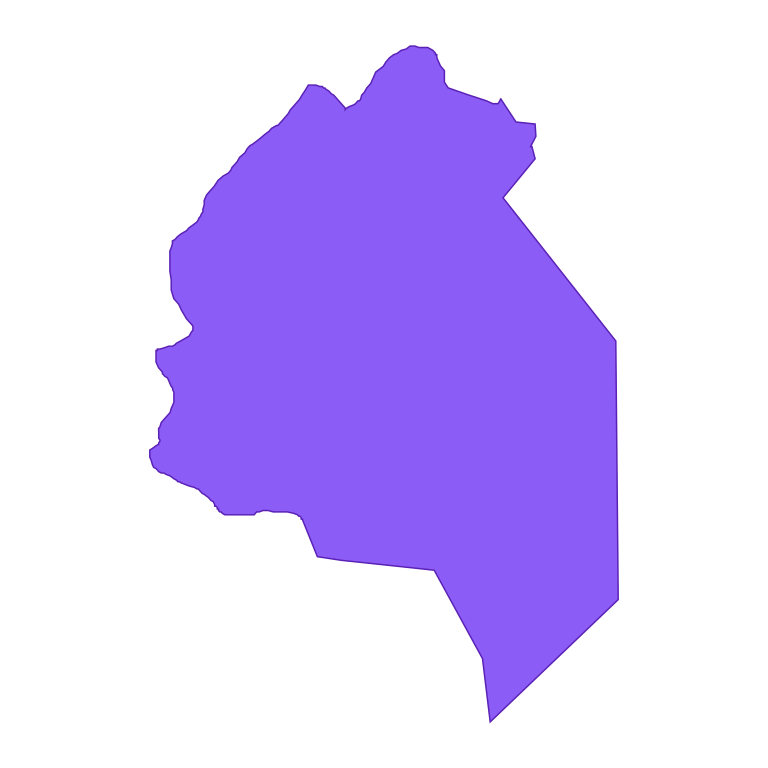 Karoi, Mashonaland West, Zimbabwe (Natural Earth projection)
{"feature_id": "62879985B2724410998329", "entity_name": "Karoi", "entity_type": "district", "adm_level": 2, "iso_a3": "ZWE", "parent_name": "Zimbabwe", "parent_adm1": "Mashonaland West", "projection": "natural_earth1", "projection_center": [29.682, -16.822], "detail": "fine", "context": "isolated", "style": "filled", "palette": "violet", "viewbox_px": 768, "rotation_deg": 0, "n_neighbors": 0, "source": "geoboundaries", "source_scale": "gbopen_adm2", "svg_char_len": 3311}
<svg xmlns="http://www.w3.org/2000/svg" viewBox="0 0 768 768"><path d="M370.7,83.6L366.8,87.9L364.3,92.3L361.7,95.1L360.5,99.5L359.2,100.9L357.9,100.9L355.4,103.8L354.4,104.4L352.9,105.2L349.0,106.7L346.5,108.1L345.2,109.6L345.2,108.1L344.0,106.7L341.4,103.8L333.8,95.2L331.2,93.7L330.0,92.3L328.7,90.9L326.1,89.4L324.9,88.0L323.6,88.0L322.3,86.5L319.8,86.5L316.0,85.1L309.6,85.1L308.3,85.1L305.8,89.4L302.0,95.2L299.4,99.5L295.6,103.9L293.1,106.7L290.5,109.6L288.0,113.9L284.2,118.3L281.7,121.2L280.4,122.6L277.8,125.5L276.6,125.5L274.0,126.9L271.5,128.4L269.0,131.3L265.1,134.2L260.0,138.5L256.3,141.4L252.4,144.3L249.9,145.7L247.3,148.6L244.8,152.9L239.7,157.2L237.2,161.6L234.7,164.5L232.1,167.3L230.8,170.2L228.3,173.1L223.2,176.0L218.1,180.3L214.3,186.1L209.2,191.9L206.7,194.8L205.4,197.6L204.2,200.5L204.2,204.9L202.9,209.2L202.9,212.1L201.6,213.5L200.4,216.4L199.1,217.8L197.8,220.7L196.6,222.2L192.8,225.1L188.9,227.9L186.4,230.8L181.3,233.7L177.5,236.6L175.0,239.5L172.4,240.9L172.4,243.8L171.1,248.1L169.9,251.0L169.9,255.3L169.9,261.1L169.9,265.4L169.9,271.2L171.2,279.8L171.2,284.2L171.2,289.9L172.5,294.3L173.8,298.6L176.3,301.5L178.8,304.4L181.4,310.1L186.5,318.8L189.1,321.7L191.6,324.5L192.9,326.0L192.9,327.4L192.9,330.3L191.6,331.7L189.1,336.1L184.0,339.0L178.9,341.9L176.3,343.3L175.1,344.7L172.5,346.2L168.7,346.2L164.9,347.6L159.8,349.1L157.3,349.1L157.3,350.5L156.0,350.5L156.0,351.9L156.0,357.7L156.0,362.0L157.3,364.9L158.6,367.8L162.4,372.1L162.4,373.6L163.7,375.0L164.9,376.4L167.5,377.9L168.8,380.8L170.0,383.7L171.3,386.5L172.6,388.0L172.6,389.4L173.9,392.3L173.9,396.6L173.9,398.1L173.9,402.4L172.6,405.3L171.3,408.2L170.1,412.5L166.3,416.8L163.7,419.7L161.2,422.6L159.9,426.9L158.6,428.4L158.7,432.7L158.7,434.4L158.7,437.0L158.7,438.4L159.9,439.9L159.9,441.3L158.7,442.8L158.7,444.2L156.1,445.7L152.3,448.5L149.8,450.0L149.8,452.5L149.8,454.3L149.8,455.7L149.8,457.2L151.1,460.1L152.3,464.4L153.6,467.3L156.2,468.7L158.7,471.6L161.2,473.0L163.8,473.0L166.3,474.5L170.1,475.9L174.0,478.8L176.5,480.2L177.8,481.7L179.1,481.7L181.6,483.1L189.2,486.0L194.3,487.4L196.9,488.9L198.2,488.9L199.4,490.3L200.6,491.6L202.0,493.2L204.5,494.6L208.4,497.5L210.9,500.4L213.4,501.8L214.7,504.7L214.7,506.2L216.0,506.2L217.3,507.6L217.3,509.0L218.5,509.0L218.5,510.5L219.8,511.9L221.1,511.9L222.4,513.4L224.9,514.8L232.5,514.8L246.5,514.8L254.2,514.8L255.4,513.3L256.7,511.9L259.2,511.9L263.1,510.5L268.1,510.5L273.2,511.9L280.9,511.9L282.2,511.9L287.2,511.9L293.6,513.3L297.4,514.7L298.7,516.2L300.0,516.2L301.2,517.6L301.2,519.1L302.5,519.1L302.5,519.8L317.4,556.7L342.0,560.4L434.2,570.2L482.5,658.6L490.2,721.9L618.2,599.6L616.6,427.8L615.8,341.0L503.0,197.8L535.1,158.8L531.9,146.5L530.6,146.6L535.9,136.3L535.1,124.0L516.0,122.0L500.8,98.9L500.4,99.4L499.1,102.2L497.9,103.7L492.8,103.7L486.4,100.8L468.6,95.0L448.2,87.9L444.4,82.1L444.4,80.7L444.4,77.8L444.4,76.3L444.4,74.9L444.4,73.4L444.4,70.6L443.1,69.1L440.6,66.2L439.3,63.4L438.0,60.5L436.8,57.6L436.8,56.2L436.8,54.7L435.5,54.7L435.5,53.3L434.2,51.8L432.9,50.4L430.4,49.0L427.8,47.5L424.0,47.5L418.9,47.5L415.1,46.1L412.6,46.1L410.0,46.1L406.2,49.0L401.1,50.4L397.3,53.3L393.5,54.8L389.7,57.6L385.9,62.0L383.3,66.3L379.5,69.2L375.7,72.1L373.2,77.9L371.9,80.8L370.7,83.6Z" fill="#8b5cf6" stroke="#5b21b6" stroke-width="1.5"/></svg>